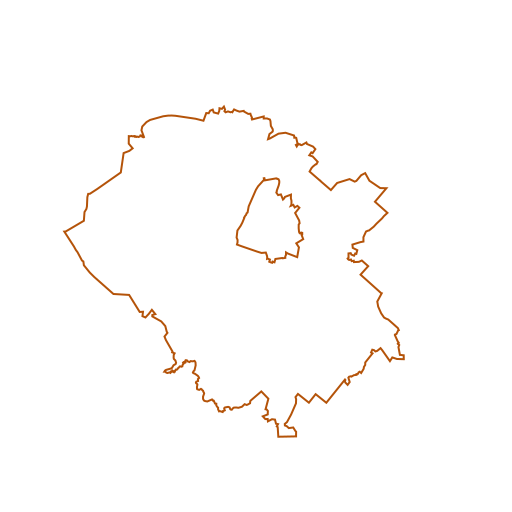 the district of Kandavas pag., Kandavas, Latvia, rotated 321°
{"feature_id": "27541924B18979846350071", "entity_name": "Kandavas pag.", "entity_type": "district", "adm_level": 2, "iso_a3": "LVA", "parent_name": "Latvia", "parent_adm1": "Kandavas", "projection": "mercator", "projection_center": [22.728, 57.032], "detail": "fine", "context": "isolated", "style": "outline", "palette": "amber", "viewbox_px": 512, "rotation_deg": 321, "n_neighbors": 0, "source": "geoboundaries", "source_scale": "gbopen_adm2", "svg_char_len": 6120}
<svg xmlns="http://www.w3.org/2000/svg" viewBox="0 0 512 512"><g transform="rotate(321 256 256)"><path d="M259.3,83.6L255.2,83.0L249.1,83.8L246.1,86.2L243.8,93.1L243.6,93.1L243.1,92.8L243.0,92.1L242.7,91.9L242.8,91.6L242.6,91.1L242.8,90.3L242.6,90.0L242.1,89.5L241.0,90.0L239.6,89.6L239.2,88.8L238.1,88.3L237.9,87.4L237.3,87.5L236.7,86.9L236.9,86.2L235.3,85.2L234.7,84.3L233.6,83.8L232.6,82.8L227.8,88.6L227.9,94.7L223.7,94.6L217.9,92.7L203.5,106.0L174.7,104.0L166.0,103.1L164.7,102.1L162.0,104.1L155.8,111.1L153.8,112.7L150.4,113.9L144.4,120.3L123.6,117.2L122.4,116.4L120.5,134.0L119.8,137.9L119.7,140.7L117.9,150.0L118.4,151.6L116.4,154.9L116.4,164.2L117.1,170.7L121.3,195.8L132.9,206.4L130.4,226.3L133.1,228.2L129.9,231.3L131.4,234.2L136.3,233.5L141.2,232.3L141.2,237.8L138.3,236.6L137.4,237.7L141.2,247.2L141.4,253.4L139.0,258.6L138.8,260.0L134.2,261.0L133.1,264.6L131.0,277.6L130.2,278.1L131.5,280.4L129.8,281.1L127.9,283.3L127.4,284.3L127.6,286.5L126.7,288.7L125.5,289.4L123.2,289.0L120.2,290.1L118.8,289.8L114.4,287.9L113.1,287.8L112.0,288.2L112.8,288.8L112.8,289.9L113.4,291.1L115.6,292.1L115.9,293.0L116.8,292.8L117.2,292.2L117.4,292.3L117.4,292.8L117.7,293.0L118.9,292.3L119.1,293.2L118.8,293.9L119.0,294.5L119.8,293.9L120.0,294.0L119.8,294.5L120.0,294.8L122.1,293.8L122.7,294.4L123.6,294.6L124.4,294.1L125.6,294.2L127.2,293.8L127.9,294.3L128.2,295.0L129.3,295.4L130.3,294.5L132.1,294.1L132.0,293.4L132.1,293.0L133.0,292.9L134.1,294.4L134.4,294.3L134.8,293.1L135.7,292.7L136.6,293.5L136.7,294.0L136.6,294.9L137.6,296.6L139.0,296.5L140.6,298.1L142.2,298.8L142.2,299.8L141.9,300.8L140.3,303.0L136.3,306.1L134.7,306.3L133.6,306.9L133.6,307.6L134.4,309.0L135.4,312.5L135.3,314.0L135.0,315.0L133.4,315.1L132.3,316.7L130.5,316.1L129.6,316.6L129.4,317.2L129.7,318.6L129.5,319.1L127.7,320.6L126.5,322.2L126.5,322.6L127.6,324.3L129.6,324.6L129.9,325.5L129.8,326.4L130.1,327.4L129.6,328.4L129.6,329.2L129.2,330.2L126.3,332.0L124.9,333.8L124.6,335.5L125.0,336.5L126.6,338.4L131.6,339.8L131.8,340.4L131.5,340.9L131.6,341.7L132.1,342.0L131.3,344.8L132.2,345.8L131.2,347.0L130.9,348.5L131.1,350.0L130.1,351.2L129.5,353.5L130.3,353.8L131.7,356.0L132.1,355.8L132.2,356.2L133.0,355.9L134.6,356.3L135.2,354.6L136.0,354.1L136.6,354.2L139.4,355.7L139.8,356.3L140.2,357.0L139.6,358.8L139.7,359.4L140.4,360.2L142.3,359.8L143.4,359.9L145.2,361.2L146.8,362.9L150.2,364.3L153.9,364.0L155.0,365.9L155.9,366.2L158.7,366.7L160.3,365.1L160.8,365.0L174.9,364.6L175.8,374.7L167.0,381.1L167.7,381.9L167.7,383.9L165.4,386.5L160.4,384.9L160.6,388.6L162.5,390.0L161.2,392.0L165.7,392.9L167.8,395.1L166.0,398.9L167.3,400.5L164.9,401.5L165.2,402.6L159.6,410.5L173.6,421.4L176.6,417.8L176.5,416.7L177.0,412.7L173.2,410.4L172.8,407.6L171.8,405.9L172.7,404.6L175.5,404.6L183.5,401.3L191.4,397.2L194.3,395.7L197.1,392.5L197.9,390.5L201.8,389.6L204.8,403.3L215.4,400.9L218.3,414.3L247.4,408.0L247.4,408.5L247.0,408.5L246.1,409.6L245.8,410.5L246.1,413.8L249.5,412.9L251.2,408.7L252.3,408.4L254.1,409.2L254.3,409.8L257.0,410.2L259.3,411.6L259.7,411.0L261.1,411.7L262.5,411.0L263.8,411.2L264.1,413.1L268.7,411.4L270.1,410.1L272.3,409.4L273.9,407.5L285.3,405.0L284.7,403.4L287.4,402.0L288.5,403.5L288.7,405.3L290.4,406.0L294.8,406.0L294.8,408.7L293.9,422.0L298.1,420.6L300.7,424.7L305.9,429.2L308.3,426.1L305.6,423.4L309.4,416.4L311.3,415.3L311.3,414.4L310.9,413.5L311.0,413.3L312.3,413.2L312.4,411.6L314.2,404.7L314.5,404.5L316.1,405.0L319.6,403.3L320.3,403.5L320.9,401.3L318.8,388.6L317.6,386.4L316.8,384.4L317.2,379.3L319.1,372.2L321.6,367.7L330.2,364.1L329.9,363.7L325.5,336.3L336.8,334.5L335.4,326.1L332.3,325.3L328.3,322.4L329.0,321.2L327.1,320.2L327.6,318.5L325.9,317.7L325.5,316.4L325.6,315.6L326.8,315.6L329.5,312.2L331.4,313.4L331.0,314.9L332.4,317.5L334.7,316.5L335.3,317.5L338.4,315.2L336.3,310.6L338.1,307.8L345.8,310.9L348.6,312.4L351.3,309.0L356.9,306.2L359.0,306.8L359.9,307.3L366.0,307.3L370.0,306.7L377.6,306.1L380.5,305.5L385.3,305.2L382.6,288.7L400.0,285.4L395.3,281.4L391.5,268.9L393.0,260.3L388.6,259.4L381.3,260.8L379.5,260.3L377.1,255.1L365.0,250.3L355.7,251.9L353.4,239.1L353.4,237.3L353.2,237.7L350.8,224.1L354.2,222.7L356.4,222.3L360.2,222.3L360.7,222.7L363.2,221.7L362.7,214.3L360.8,211.3L364.2,210.3L364.7,211.7L369.4,210.3L369.2,206.9L366.1,201.0L366.6,199.5L361.3,198.6L360.8,198.1L360.5,197.6L360.6,197.1L360.3,196.7L359.2,196.0L357.9,196.0L356.6,196.5L356.9,194.8L359.5,195.2L359.2,194.4L361.6,189.5L361.3,188.9L360.2,188.2L361.4,186.3L356.5,178.8L350.5,175.1L340.7,173.4L338.9,172.8L343.2,169.7L347.1,169.8L347.8,169.4L348.8,168.0L349.4,164.3L352.1,160.3L352.7,158.7L351.1,156.0L348.5,154.0L349.8,152.4L338.8,147.4L339.2,146.5L339.7,146.6L340.4,144.4L340.4,143.8L341.2,141.9L339.4,140.7L337.6,136.2L337.8,135.5L334.0,133.4L332.3,130.6L331.2,128.3L328.3,129.3L328.3,129.0L326.7,128.3L325.2,126.0L322.8,125.2L322.6,123.6L324.1,122.8L325.1,119.7L322.1,120.2L320.6,118.2L318.8,120.1L316.2,121.5L313.5,117.8L314.5,115.0L311.7,114.2L309.1,115.3L307.3,113.6L300.3,117.8L295.4,111.3L281.7,96.4L278.9,93.8L275.9,91.5L271.8,89.0L259.3,83.6ZM259.6,253.2L251.1,239.6L248.4,235.1L250.2,233.8L251.8,231.9L252.5,229.5L257.6,224.5L263.0,222.9L266.3,221.5L270.9,219.0L270.9,218.7L273.1,217.9L274.2,217.8L275.5,216.9L276.8,216.9L281.6,212.8L297.6,204.5L301.6,203.1L310.3,201.8L311.0,200.5L311.5,200.8L310.5,202.8L320.6,208.4L320.7,208.8L321.0,209.0L321.0,209.4L321.8,210.4L321.5,211.9L321.1,212.6L320.1,213.8L318.1,215.4L313.3,218.3L312.6,219.1L311.9,219.3L311.7,219.5L311.5,222.6L314.1,223.8L312.5,229.1L314.0,229.0L315.7,228.3L321.8,230.3L319.4,233.1L318.5,235.1L317.7,236.2L315.9,238.3L314.6,238.9L317.2,239.7L316.6,242.6L319.7,243.1L320.1,245.8L313.5,247.2L311.9,255.5L310.5,258.0L309.0,258.4L306.7,261.2L304.6,264.4L304.3,265.7L305.9,266.2L306.5,267.1L305.6,268.2L304.9,267.7L303.3,272.6L295.3,271.5L294.8,276.3L287.3,282.8L282.3,274.1L281.6,272.1L280.0,274.0L278.4,274.8L277.6,275.9L275.3,274.6L275.2,274.1L269.2,270.5L266.4,272.5L265.4,270.8L264.4,271.5L263.8,270.8L262.7,268.8L264.6,267.5L263.3,265.2L262.9,265.1L263.8,264.2L264.6,262.9L265.8,259.5L262.2,257.1L259.6,253.2Z" fill="none" stroke="#b45309" stroke-width="2"/></g></svg>